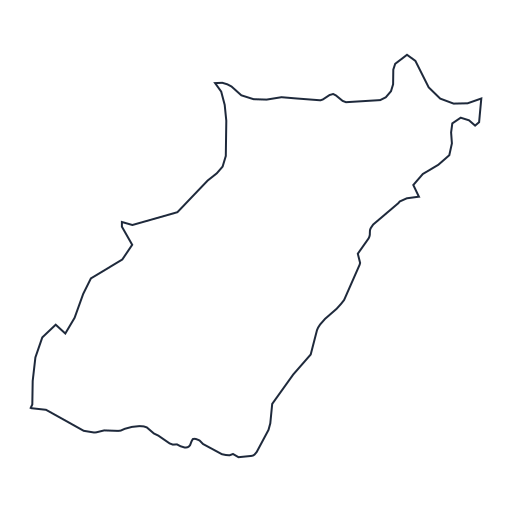 outline of North Lebanon
{"feature_id": "LBN-3023", "entity_name": "North Lebanon", "entity_type": "Province", "adm_level": 1, "iso_a3": "LBN", "parent_name": "Lebanon", "parent_adm1": "", "projection": "equal_earth", "projection_center": [36.058, 34.42], "detail": "fine", "context": "isolated", "style": "outline", "palette": "slate", "viewbox_px": 512, "rotation_deg": 0, "n_neighbors": 0, "source": "natural_earth", "source_scale": "10m", "svg_char_len": 1671}
<svg xmlns="http://www.w3.org/2000/svg" viewBox="0 0 512 512"><path d="M407.0,54.8L415.4,60.9L428.7,87.4L440.2,98.6L453.6,103.6L467.6,103.3L481.3,98.5L479.1,122.2L475.1,125.6L469.0,120.3L460.7,117.7L452.3,123.4L451.1,132.4L451.9,143.4L449.3,155.2L438.3,164.8L422.8,174.0L413.3,185.0L418.9,196.7L418.7,196.7L406.8,198.3L399.7,201.5L398.4,203.1L373.2,224.5L371.0,227.7L370.4,228.9L370.0,230.2L369.9,231.6L369.8,234.9L369.4,236.6L368.6,238.4L357.8,253.7L360.1,262.9L359.6,264.8L344.1,300.0L341.2,303.7L336.6,308.8L325.1,318.8L320.1,324.5L318.1,327.6L317.0,330.1L310.7,354.5L293.3,374.4L272.2,403.9L270.3,423.3L268.5,429.9L256.7,452.0L254.5,454.6L253.1,455.5L251.5,455.9L238.5,457.2L233.0,454.0L229.5,455.3L225.8,455.0L221.9,454.2L203.0,444.0L199.8,440.7L198.8,440.1L195.9,439.0L194.3,438.8L192.8,439.1L191.5,441.4L190.1,445.1L189.0,446.4L187.7,447.2L186.1,447.5L184.6,447.5L180.4,446.2L177.0,444.4L172.8,444.6L169.6,443.4L158.3,435.6L153.9,433.5L146.8,427.4L143.7,426.4L139.5,426.1L131.9,426.9L124.8,428.8L120.7,430.6L118.2,430.9L104.2,430.4L96.0,432.4L94.0,432.5L83.7,430.8L46.0,409.8L31.4,408.2L30.7,407.9L32.3,404.5L32.7,380.9L35.4,357.4L42.3,337.4L55.7,324.7L65.3,333.5L74.6,317.8L83.2,293.9L90.9,278.4L122.3,259.5L132.2,244.8L121.9,226.7L121.9,222.0L132.4,225.0L177.4,212.2L207.7,180.5L216.8,173.3L222.6,166.6L225.8,156.0L226.3,120.8L224.7,104.9L221.2,91.6L215.1,83.1L222.3,82.8L227.3,84.3L231.5,86.5L241.3,95.3L253.6,99.2L266.6,99.6L281.5,97.2L295.6,98.4L320.4,100.3L322.8,99.5L329.6,95.0L333.1,94.0L335.9,95.4L342.6,100.9L346.0,102.2L380.2,100.1L385.8,97.3L391.0,91.2L393.1,84.3L393.3,69.6L395.2,63.8L407.0,54.8Z" fill="none" stroke="#1e293b" stroke-width="2"/></svg>